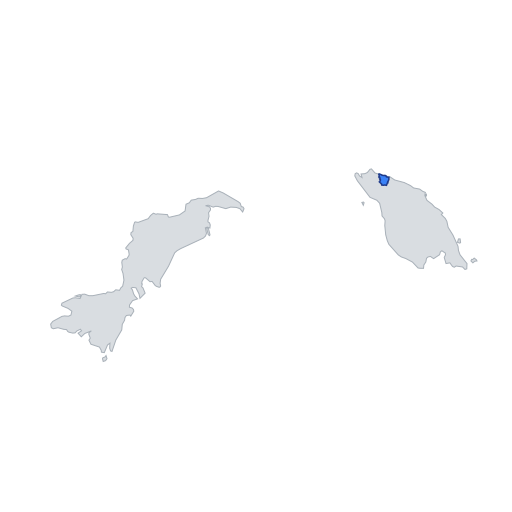 Batu Pahat, Johor, Malaysia (highlighted), rotated 168°
{"feature_id": "92858781B37388362285714", "entity_name": "Batu Pahat", "entity_type": "district", "adm_level": 2, "iso_a3": "MYS", "parent_name": "Malaysia", "parent_adm1": "Johor", "projection": "mercator", "projection_center": [103.04, 1.914], "detail": "fine", "context": "in_parent", "style": "filled", "palette": "blue", "viewbox_px": 512, "rotation_deg": 168, "n_neighbors": 0, "source": "geoboundaries", "source_scale": "gbopen_adm2", "svg_char_len": 4880}
<svg xmlns="http://www.w3.org/2000/svg" viewBox="0 0 512 512"><g transform="rotate(168 256 256)"><path d="M434.2,254.7L431.5,254.3L427.7,251.9L423.8,251.1L412.6,251.0L411.0,250.3L408.8,251.7L404.9,250.5L402.6,250.7L400.2,252.1L396.6,250.8L394.9,252.9L392.7,254.2L390.2,259.8L389.7,266.6L390.2,270.7L389.0,273.0L388.6,277.7L387.7,279.7L384.6,280.6L383.2,279.9L380.3,282.8L379.7,284.0L379.5,288.5L381.7,290.0L381.7,291.0L377.1,294.7L373.1,296.9L372.5,298.9L374.0,302.9L373.4,304.8L371.3,305.7L369.7,310.8L367.8,314.1L367.1,314.5L364.3,313.4L353.7,314.9L350.6,317.6L347.5,319.2L345.1,317.6L343.9,317.8L334.0,314.9L333.6,312.4L332.6,311.9L322.4,312.1L316.0,314.8L313.7,321.2L310.2,321.9L307.7,324.1L303.3,323.9L300.6,324.5L296.3,323.4L292.2,323.3L279.1,327.4L275.0,324.5L262.2,312.9L260.5,310.9L260.1,307.3L258.6,306.7L258.2,305.8L257.9,304.7L259.9,301.8L261.9,305.6L265.1,307.6L270.6,309.1L275.7,308.6L282.9,312.4L285.2,313.0L287.7,312.7L292.1,315.6L294.9,315.7L291.3,313.7L290.6,312.1L291.0,310.5L293.4,308.2L293.7,304.6L295.5,301.0L295.9,299.4L294.6,298.1L294.3,295.9L295.3,292.9L297.7,294.4L299.7,294.1L299.7,288.5L301.2,286.1L303.7,284.5L328.1,278.9L332.1,277.6L334.9,276.0L343.7,264.2L354.1,253.1L355.5,249.2L355.5,246.5L356.1,245.8L357.2,245.5L359.5,246.9L360.7,248.0L362.9,252.7L365.0,252.9L368.4,257.4L369.2,258.0L370.2,257.7L372.8,254.8L373.6,252.6L373.0,252.3L374.3,249.8L373.2,248.3L372.2,242.7L378.3,238.7L378.3,243.3L380.1,249.9L383.2,250.9L384.8,250.5L383.9,248.5L383.6,244.5L382.8,242.0L380.8,238.7L386.0,238.0L389.9,234.4L390.5,232.2L388.0,230.9L387.0,229.2L387.0,227.4L391.0,223.2L391.5,224.4L394.0,224.7L395.2,224.7L397.0,223.0L397.9,220.5L401.0,217.0L402.7,211.6L410.6,202.9L416.7,192.6L418.0,193.4L418.3,196.2L417.0,201.1L419.7,199.9L424.5,193.0L427.2,194.1L427.0,196.0L428.1,199.5L435.8,204.0L436.9,208.4L435.2,210.1L435.8,214.4L435.2,215.7L432.6,217.0L439.6,215.8L443.7,213.3L446.1,217.5L442.2,219.1L443.0,220.9L446.8,219.9L449.0,218.4L451.3,218.7L454.9,220.4L455.9,221.4L456.6,223.4L459.2,224.2L464.6,227.0L469.4,227.0L471.1,228.4L471.0,232.1L468.4,234.3L458.3,237.3L455.7,237.2L452.0,236.1L449.3,236.7L447.6,240.3L450.7,243.8L455.9,247.4L456.6,248.4L455.6,250.2L443.8,253.0L441.3,252.7L436.9,251.0L434.2,254.7ZM51.2,204.7L52.5,199.6L54.4,199.4L56.2,202.3L62.4,204.6L64.3,203.8L65.2,204.3L66.0,205.0L67.8,209.0L71.7,209.1L72.2,215.4L70.4,217.8L70.2,219.5L73.1,222.5L74.8,221.7L76.2,219.1L82.8,216.5L85.5,219.3L87.9,219.3L89.7,218.3L91.1,214.9L93.7,212.3L94.7,209.1L98.5,210.0L100.0,210.6L104.2,217.5L109.9,222.3L114.1,224.9L116.6,227.5L123.6,239.8L124.4,243.8L124.7,249.8L123.7,259.0L122.4,263.6L122.6,265.7L124.4,269.0L123.9,272.2L124.1,281.9L126.2,285.4L132.3,289.7L141.2,308.5L142.7,313.8L141.9,315.9L140.3,316.4L138.9,315.3L138.1,312.8L136.0,310.7L136.2,314.4L132.4,313.9L129.7,314.5L126.5,317.1L125.0,317.2L122.3,312.4L112.2,307.0L108.5,305.6L104.5,301.5L95.7,297.0L90.1,292.6L87.7,289.8L82.0,287.4L79.5,284.6L77.1,283.0L78.3,280.2L77.2,274.9L73.1,270.1L71.1,266.7L67.3,263.4L64.3,259.2L66.1,258.0L63.1,253.5L62.1,250.3L62.1,244.1L59.0,235.5L56.4,223.5L56.8,219.3L56.2,214.8L51.2,204.7ZM424.7,188.6L423.4,189.8L423.1,186.6L424.9,184.9L427.4,184.6L427.5,187.5L426.9,188.3L424.7,188.6ZM45.3,204.2L46.8,206.5L45.7,207.9L44.8,207.5L43.0,208.6L41.1,206.3L40.9,205.2L43.1,205.4L45.3,204.2ZM298.5,293.3L297.9,293.6L296.8,292.8L296.6,286.2L297.3,285.6L298.3,286.9L298.5,293.3ZM56.1,227.5L54.4,230.6L52.8,230.3L53.1,226.6L54.0,226.2L56.1,227.5ZM441.1,254.4L438.0,254.8L435.9,254.8L436.2,253.0L437.2,252.7L441.1,254.4ZM141.3,286.4L139.6,286.4L139.2,285.6L140.5,283.3L141.3,286.4ZM77.6,280.7L76.5,281.1L76.6,279.8L77.4,279.0L77.6,280.7Z" fill="#d9dde1" stroke="#a8b0b8" stroke-width="1"/><path d="M113.7,298.0L112.0,300.6L111.8,300.6L111.7,300.5L111.6,300.8L111.7,301.0L111.7,301.3L111.4,301.5L111.2,301.6L111.0,302.0L110.8,302.2L110.6,302.5L110.4,302.8L110.2,303.2L110.1,303.3L110.0,303.5L110.0,304.2L109.8,304.6L109.7,304.8L109.6,305.1L109.6,305.4L109.8,305.4L110.0,305.4L110.2,305.5L110.4,305.6L110.6,305.7L110.8,305.8L111.0,305.9L111.2,306.0L111.5,306.2L111.8,306.4L111.9,306.5L112.0,306.4L112.1,306.5L112.1,306.8L112.0,307.0L112.2,307.4L112.4,307.6L113.2,308.1L113.4,308.1L113.6,308.0L113.8,308.0L114.0,308.1L114.4,308.2L114.7,308.3L115.1,308.4L115.3,308.6L115.7,308.7L116.1,308.9L116.3,309.2L116.7,309.5L117.3,310.0L118.5,310.7L118.8,310.6L118.9,310.4L118.8,310.2L118.8,309.9L118.7,309.6L118.8,309.2L118.9,308.6L119.0,308.4L119.2,308.2L119.3,307.9L119.4,307.6L118.6,307.2L118.6,305.6L118.7,305.4L118.8,305.4L118.6,305.1L118.8,304.8L118.9,304.7L118.8,304.4L118.7,304.4L118.9,304.0L118.8,303.8L119.0,303.7L119.1,303.4L119.3,303.2L119.5,303.0L119.6,302.9L119.9,302.8L119.7,302.5L118.2,300.3L118.3,299.7L118.0,299.4L118.1,299.2L116.7,298.7L116.2,298.7L115.7,298.7L115.4,298.7L115.1,298.6L113.7,298.0Z" fill="#3b82f6" stroke="#1e3a8a" stroke-width="1.5"/></g></svg>